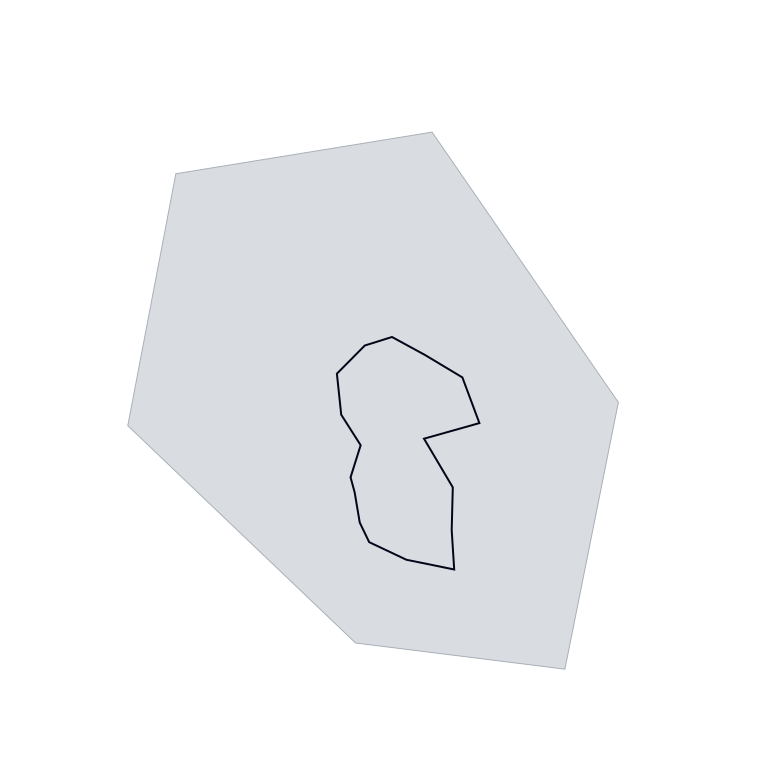 Domagnano on a map of San Marino (Equal Earth projection), rotated 110°
{"feature_id": "SMR-4887", "entity_name": "Domagnano", "entity_type": "state/province", "adm_level": 1, "iso_a3": "SMR", "parent_name": "San Marino", "parent_adm1": "", "projection": "equal_earth", "projection_center": [12.471, 43.949], "detail": "fine", "context": "in_parent", "style": "outline", "palette": "ink", "viewbox_px": 768, "rotation_deg": 110, "n_neighbors": 0, "source": "natural_earth", "source_scale": "10m", "svg_char_len": 528}
<svg xmlns="http://www.w3.org/2000/svg" viewBox="0 0 768 768"><g transform="rotate(110 384 384)"><path d="M510.8,610.5L257.6,651.5L130.9,425.0L321.1,157.5L590.1,116.5L637.1,322.1L510.8,610.5Z" fill="#d9dde1" stroke="#a8b0b8" stroke-width="1"/><path d="M534.3,254.6L541.5,302.9L537.7,343.8L522.5,359.4L495.9,374.5L483.1,383.5L449.5,385.0L427.5,413.7L390.4,431.8L354.4,415.2L337.1,392.6L342.8,354.9L351.0,312.6L388.1,281.0L421.7,327.7L457.6,284.0L498.2,270.4L534.3,254.6Z" fill="none" stroke="#020617" stroke-width="2"/></g></svg>